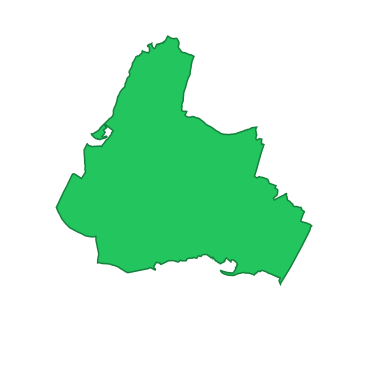 the district of Valea Ursului, Neamt, Romania, rotated 217°
{"feature_id": "2599482B92713698474517", "entity_name": "Valea Ursului", "entity_type": "district", "adm_level": 2, "iso_a3": "ROU", "parent_name": "Romania", "parent_adm1": "Neamt", "projection": "orthographic", "projection_center": [27.085, 46.792], "detail": "fine", "context": "isolated", "style": "filled", "palette": "green", "viewbox_px": 384, "rotation_deg": 217, "n_neighbors": 0, "source": "geoboundaries", "source_scale": "gbopen_adm2", "svg_char_len": 6096}
<svg xmlns="http://www.w3.org/2000/svg" viewBox="0 0 384 384"><g transform="rotate(217 192 192)"><path d="M295.7,122.2L294.4,113.8L294.2,113.4L293.3,108.7L291.9,102.4L291.1,98.1L286.4,95.3L283.6,94.3L282.0,93.3L279.4,92.1L274.1,90.8L268.1,89.9L258.6,91.4L255.6,92.2L250.8,92.9L245.9,95.3L244.7,96.3L244.0,96.5L242.1,98.8L239.7,95.8L238.2,94.3L235.7,92.3L235.1,91.6L230.7,87.8L228.9,86.0L226.5,81.1L224.7,78.6L224.2,79.2L222.5,80.2L221.0,80.7L219.9,81.4L215.9,84.1L213.9,85.1L211.8,85.7L209.1,86.9L205.2,87.9L203.4,87.8L199.1,88.3L197.6,88.3L194.7,88.9L181.3,104.0L180.4,105.3L180.1,106.5L174.5,107.5L174.7,108.3L175.1,108.5L176.5,108.3L176.9,108.6L177.5,109.5L177.8,110.8L178.2,114.3L174.4,116.0L174.2,115.9L173.9,115.4L173.2,115.5L169.2,123.2L167.9,124.1L166.5,125.4L164.6,126.5L163.0,126.9L161.2,127.6L160.6,128.3L160.4,129.1L160.4,130.3L160.3,130.5L158.2,131.2L157.1,132.2L155.5,133.3L155.3,133.7L155.7,135.7L154.4,137.5L151.7,139.6L151.4,140.2L151.3,140.7L151.0,140.9L148.8,141.7L148.3,142.2L148.5,144.9L146.1,145.9L146.0,146.3L146.0,147.5L145.5,148.6L144.9,149.2L142.9,150.6L142.1,151.1L140.3,150.9L139.7,151.1L138.5,151.1L137.4,150.8L136.8,151.1L136.9,151.8L136.0,152.5L135.3,152.3L135.1,151.4L134.8,151.7L134.2,151.9L132.8,151.8L132.5,151.4L131.8,151.2L130.2,151.7L128.9,151.3L127.3,151.9L126.4,151.7L126.4,152.1L125.9,152.3L125.9,153.0L125.5,153.2L124.1,156.2L124.2,156.3L124.8,156.5L124.8,156.9L124.5,157.7L124.9,158.4L125.0,159.5L124.9,160.0L118.9,159.6L119.6,161.4L118.9,162.2L118.2,162.4L116.7,162.7L113.3,162.3L112.7,162.0L111.9,161.1L111.9,160.8L112.2,160.5L111.7,160.0L111.7,159.5L111.5,159.2L111.6,158.9L111.4,158.0L111.6,157.8L111.1,157.5L110.6,156.1L110.7,155.6L110.4,153.7L110.6,152.0L110.9,151.6L114.4,149.6L115.7,148.7L116.9,148.4L119.9,147.1L120.3,147.1L121.9,146.6L121.8,146.2L119.3,145.6L117.4,145.8L112.8,147.4L108.5,150.4L108.1,150.9L106.2,154.3L102.4,158.8L101.0,159.2L97.9,161.3L96.5,161.9L94.7,162.6L92.4,163.1L92.6,164.7L92.3,164.7L92.1,164.9L91.3,168.9L91.0,169.1L89.9,169.2L89.5,169.9L89.1,171.3L88.7,171.7L84.8,172.9L81.6,173.2L81.0,173.7L72.5,175.6L70.1,176.6L69.6,176.1L69.5,174.8L68.9,173.3L65.9,171.6L66.3,172.7L68.1,191.1L71.8,215.5L74.8,232.1L76.1,235.1L76.0,237.0L78.2,237.1L82.4,236.0L86.1,234.4L87.7,234.2L89.7,240.4L90.2,243.2L90.4,243.9L93.9,243.9L94.9,245.0L95.9,245.2L96.8,244.3L98.6,243.9L100.0,243.2L101.2,242.2L102.0,241.8L103.2,242.0L104.1,242.9L104.3,242.9L106.1,242.9L108.4,243.4L110.6,243.0L111.0,243.2L111.8,244.0L113.8,245.7L114.7,245.8L115.0,246.3L115.2,247.3L115.5,247.6L115.9,247.3L116.3,246.7L116.8,244.6L117.4,243.7L119.5,239.5L121.4,235.3L121.7,235.6L123.2,236.0L123.1,237.6L122.4,239.6L122.3,240.2L122.5,241.5L123.7,243.8L124.8,245.2L125.3,245.4L128.1,245.1L128.6,247.5L135.5,245.5L136.5,246.0L137.3,246.7L138.8,247.5L140.1,247.5L144.5,246.1L145.7,245.3L147.4,244.8L147.7,244.6L148.4,242.4L151.5,242.0L153.8,248.3L159.2,262.0L160.8,266.4L163.1,273.2L165.0,272.6L165.3,272.1L167.0,274.2L168.0,276.2L170.2,275.2L171.3,272.8L171.7,272.6L173.1,273.0L173.4,273.3L174.9,276.9L175.4,276.8L175.7,277.0L176.6,278.3L177.9,279.2L178.6,280.1L179.2,281.5L179.4,282.7L182.9,279.3L183.9,276.9L184.9,275.5L185.4,275.3L185.6,274.8L185.6,274.2L186.9,273.3L186.9,272.6L191.2,266.5L192.1,264.8L197.6,259.6L200.0,258.3L200.6,257.6L201.6,257.1L204.0,256.1L206.8,256.0L209.4,255.5L215.1,255.5L220.9,254.5L222.2,254.5L224.1,254.9L230.4,255.0L231.5,254.7L233.5,253.7L235.3,253.4L237.0,252.6L237.4,252.3L237.6,251.7L238.1,251.1L240.5,249.1L243.5,249.0L243.9,249.4L244.6,253.1L245.3,252.9L247.6,251.1L249.3,250.9L250.4,252.4L251.6,254.6L252.3,254.6L253.2,256.9L253.8,259.2L258.5,266.5L259.0,268.3L259.6,269.8L260.2,271.9L262.1,276.3L263.5,280.5L264.1,283.9L264.6,285.1L266.3,287.8L267.3,290.0L269.9,294.8L270.8,297.0L271.7,299.9L272.0,301.5L275.5,301.0L276.2,300.3L281.1,299.1L283.3,297.9L284.9,297.6L285.6,298.0L289.7,299.2L290.6,300.0L291.4,302.3L292.0,303.1L292.8,303.8L296.0,305.4L296.9,305.4L299.3,303.1L301.9,302.1L304.5,302.1L305.2,301.8L304.4,297.5L304.4,296.7L304.7,295.9L304.6,294.5L305.4,295.1L304.8,294.0L305.7,293.1L305.9,292.3L306.5,291.9L306.8,291.1L307.6,290.5L307.3,289.5L308.6,289.3L308.7,288.8L309.0,288.5L308.9,287.9L308.1,285.2L308.0,284.4L309.0,283.7L310.6,284.0L311.5,284.7L312.3,284.9L313.6,286.5L314.0,285.3L314.5,284.8L315.4,283.4L315.5,282.2L315.0,281.6L314.1,282.1L313.6,282.0L312.6,281.3L312.3,280.7L311.1,279.5L310.7,279.3L310.5,276.8L311.3,276.8L312.1,276.1L313.1,275.7L314.6,275.4L316.0,274.7L316.5,274.8L316.5,274.3L315.8,273.2L315.6,272.4L315.7,271.5L316.1,270.9L316.1,269.3L316.4,268.7L317.3,267.9L318.1,266.3L317.6,264.2L317.5,262.8L317.3,262.3L317.1,260.9L317.2,259.3L316.3,257.8L315.8,256.8L315.7,256.1L315.4,255.6L314.8,250.7L314.2,249.6L312.9,249.1L312.0,247.6L311.8,246.8L311.8,246.0L312.3,244.5L311.5,241.8L310.8,240.1L310.6,238.4L309.3,236.3L309.0,235.4L309.0,234.6L309.4,233.6L309.4,232.8L309.7,231.2L309.5,229.6L309.6,228.9L308.8,225.8L308.7,223.7L306.4,218.6L305.3,215.4L304.7,212.2L303.8,209.7L301.8,207.1L301.3,205.8L301.2,203.8L301.5,202.3L301.8,201.7L302.2,200.3L302.2,198.9L303.8,188.6L303.6,185.6L304.4,183.1L305.9,179.3L306.5,178.5L307.3,177.9L306.1,177.2L304.5,177.1L304.2,176.8L301.1,176.8L300.1,177.3L299.0,177.4L299.0,178.0L297.9,178.1L296.8,178.6L296.5,179.6L295.4,180.8L294.7,182.2L294.2,182.4L293.1,184.5L293.1,184.9L293.2,185.0L294.1,185.0L295.0,183.8L295.5,182.6L297.0,182.1L297.3,182.2L297.4,183.1L297.0,184.6L297.3,186.5L297.3,187.5L299.2,187.9L299.9,188.2L299.9,188.7L299.2,190.7L299.3,191.1L299.0,191.5L299.0,192.1L300.6,192.3L301.1,192.7L302.4,192.8L302.2,193.8L298.1,193.6L297.8,193.8L297.0,193.6L293.0,193.6L291.6,193.2L291.7,191.6L292.0,191.1L291.0,189.5L291.3,186.9L290.9,186.0L291.1,184.6L291.2,183.6L291.4,183.2L291.8,181.6L291.6,178.3L291.8,175.3L291.4,173.9L292.8,173.6L299.1,168.2L302.4,166.9L304.7,167.4L304.7,166.8L304.1,164.5L303.5,160.7L301.3,157.9L298.2,154.5L294.7,150.1L292.9,148.7L292.0,147.0L291.0,145.5L289.0,143.8L288.4,136.3L296.7,135.7L297.2,135.2L297.9,135.0L298.1,133.6L296.4,125.4L296.4,124.9L295.7,122.2Z" fill="#22c55e" stroke="#15803d" stroke-width="1.5"/></g></svg>